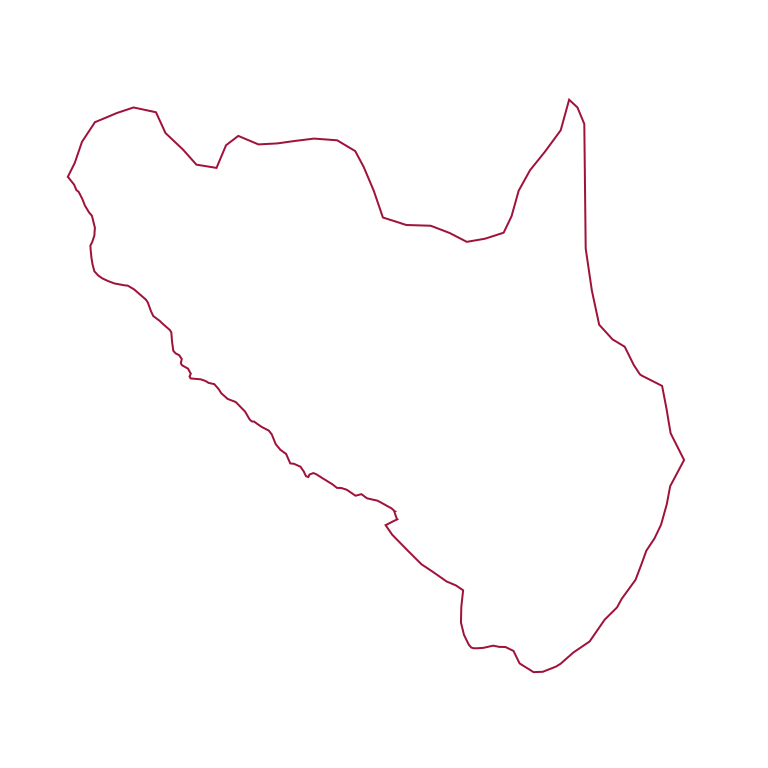 the district of Mayo-Boneye, Mayo-Kebbi Est, Chad, rotated 353°
{"feature_id": "50815135B64807508580818", "entity_name": "Mayo-Boneye", "entity_type": "district", "adm_level": 2, "iso_a3": "TCD", "parent_name": "Chad", "parent_adm1": "Mayo-Kebbi Est", "projection": "albers", "projection_center": [15.551, 10.251], "detail": "fine", "context": "isolated", "style": "outline", "palette": "rose", "viewbox_px": 768, "rotation_deg": 353, "n_neighbors": 0, "source": "geoboundaries", "source_scale": "gbopen_adm2", "svg_char_len": 3411}
<svg xmlns="http://www.w3.org/2000/svg" viewBox="0 0 768 768"><g transform="rotate(353 384 384)"><path d="M602.4,124.4L590.3,153.7L572.2,172.9L555.0,189.6L541.2,208.6L531.1,232.9L521.2,248.4L501.9,252.1L483.5,253.0L467.5,242.1L449.6,232.6L425.5,228.9L403.2,218.6L397.4,191.0L390.3,166.1L383.8,149.3L367.2,136.4L344.5,131.9L325.3,131.9L307.5,132.2L288.6,130.9L269.6,120.0L256.3,127.8L244.1,149.1L224.5,143.4L212.9,126.6L197.7,108.3L190.8,86.5L169.1,79.0L151.8,82.5L129.0,88.9L113.7,106.9L104.1,126.7L95.4,139.9L95.8,140.3L97.5,143.2L100.8,148.5L100.9,149.0L102.3,154.0L104.3,156.0L105.7,159.7L107.1,163.5L108.0,166.9L108.9,170.5L110.5,174.0L112.0,177.5L112.7,178.6L114.6,181.4L116.1,193.7L115.1,198.6L114.7,201.2L113.5,203.7L113.1,204.6L111.7,207.5L110.7,209.0L109.4,211.0L109.2,215.1L109.1,218.5L109.1,219.5L109.0,222.6L109.3,230.1L109.5,231.2L110.2,236.7L111.4,238.5L112.2,239.5L113.2,241.1L117.0,244.6L119.6,246.3L120.6,246.9L122.7,248.2L128.6,251.3L138.7,254.5L141.1,255.0L141.7,255.2L147.3,259.5L148.9,261.2L158.1,271.4L159.6,274.6L160.3,277.8L160.6,279.0L161.6,283.4L163.3,288.5L164.3,289.4L167.8,292.8L168.9,293.8L169.0,293.9L171.2,296.7L174.8,300.7L178.1,304.4L179.2,306.9L179.1,309.3L178.8,316.2L178.9,325.3L180.8,328.1L184.0,330.3L184.3,330.5L184.9,331.8L186.3,334.6L185.2,337.7L184.9,338.6L185.7,340.7L187.6,342.1L191.4,344.9L192.6,348.2L192.7,348.4L193.5,350.2L192.9,351.2L191.9,352.9L192.1,353.3L192.7,354.9L193.2,355.0L201.6,356.8L202.6,357.0L207.1,359.2L208.7,360.4L210.1,361.6L210.8,361.8L214.3,363.0L215.6,363.5L217.6,366.5L217.9,366.9L219.5,369.3L220.2,370.9L221.3,373.2L221.3,373.3L223.8,376.1L227.0,379.8L234.6,383.8L242.8,394.5L245.7,401.4L246.3,402.7L246.4,402.9L248.2,405.0L249.5,405.3L249.8,405.4L250.5,405.5L254.5,409.2L255.3,409.9L255.6,410.1L257.1,411.5L261.6,414.6L263.9,416.1L265.3,418.4L266.5,420.5L269.2,430.5L273.2,436.8L274.9,438.3L275.6,439.0L278.3,441.4L279.0,443.8L280.5,448.8L281.3,451.4L283.6,451.9L284.6,452.2L284.9,452.2L289.3,454.9L291.0,455.9L292.6,459.0L293.7,461.0L294.4,463.3L294.9,464.7L295.3,465.9L295.4,466.0L297.6,467.1L299.0,464.8L300.5,464.4L301.0,464.3L303.1,463.8L304.5,464.6L305.6,465.2L309.4,468.3L312.6,470.9L315.4,473.1L316.2,473.8L317.1,474.5L320.5,477.2L321.7,478.4L324.2,480.9L324.7,481.4L328.9,482.0L334.1,484.4L335.7,485.8L339.6,489.2L342.1,491.4L348.1,490.6L348.9,491.3L352.7,494.9L353.3,495.4L360.7,498.1L360.8,498.1L361.7,498.4L363.3,499.0L368.0,502.3L371.9,505.2L376.5,508.5L377.6,509.8L378.4,510.8L379.0,511.4L379.1,511.5L378.8,511.5L378.6,511.5L378.8,512.2L379.6,516.3L379.7,516.7L379.8,517.1L379.9,517.5L380.2,518.8L380.4,519.2L380.8,519.9L376.9,521.2L368.4,524.3L373.7,534.5L386.9,551.8L399.3,567.6L410.5,577.2L422.0,587.6L431.0,592.8L437.4,598.4L433.6,614.5L431.3,630.1L432.8,642.7L436.4,653.1L438.5,656.2L440.8,657.2L443.7,657.6L450.5,658.0L460.4,657.0L466.8,659.1L472.4,659.8L480.0,664.7L484.5,677.8L486.4,679.4L497.3,688.2L501.9,688.6L506.5,689.0L520.1,685.5L525.2,683.2L530.7,679.4L539.2,673.6L556.7,664.6L574.3,644.8L588.0,634.2L589.1,632.7L593.9,626.0L609.8,609.0L617.7,594.0L620.9,587.7L624.0,581.5L633.6,570.3L641.8,557.5L649.9,538.1L655.6,520.3L663.8,508.6L672.6,496.0L662.5,467.9L662.0,457.8L661.4,443.3L659.8,419.8L646.6,410.9L641.5,407.5L639.6,406.1L638.8,404.9L634.2,395.5L627.5,376.4L616.3,367.6L604.8,351.4L601.7,316.6L600.7,274.1L614.5,150.3L609.7,133.1L602.4,124.4Z" fill="none" stroke="#9f1239" stroke-width="2"/></g></svg>